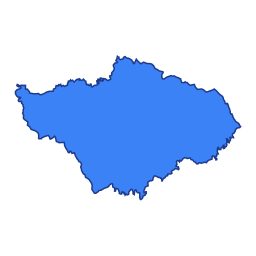 Lak, Đắk Lắk, Vietnam
{"feature_id": "81297802B83612510149562", "entity_name": "Lak", "entity_type": "district", "adm_level": 2, "iso_a3": "VNM", "parent_name": "Vietnam", "parent_adm1": "Đắk Lắk", "projection": "natural_earth1", "projection_center": [108.256, 12.321], "detail": "fine", "context": "isolated", "style": "filled", "palette": "blue", "viewbox_px": 256, "rotation_deg": 0, "n_neighbors": 0, "source": "geoboundaries", "source_scale": "gbopen_adm2", "svg_char_len": 5740}
<svg xmlns="http://www.w3.org/2000/svg" viewBox="0 0 256 256"><path d="M91.9,189.3L94.3,193.1L94.9,193.3L95.9,193.2L98.2,191.6L98.9,190.6L101.3,190.1L104.2,188.3L107.4,187.2L108.7,186.4L109.3,185.2L110.8,184.1L112.1,183.6L112.6,184.1L112.8,186.9L113.2,187.3L114.8,188.1L114.6,191.1L115.5,191.1L116.0,188.9L116.8,188.6L117.8,188.9L118.5,189.6L118.6,190.6L119.2,191.9L119.3,193.5L121.1,194.1L121.7,193.9L121.7,192.3L122.3,191.8L123.0,192.5L124.0,192.2L124.5,192.6L124.0,193.7L124.2,194.0L124.9,194.0L125.1,195.1L126.0,194.0L127.0,194.9L128.6,194.4L128.8,192.0L130.8,189.6L131.6,189.3L132.1,189.5L133.1,191.8L133.0,193.7L134.2,194.6L134.8,190.7L135.2,190.0L136.0,190.0L137.3,192.6L139.7,192.9L139.8,196.4L139.6,197.2L140.3,199.3L140.8,199.6L142.2,198.5L142.9,197.1L142.9,196.2L145.1,195.2L145.1,194.4L146.3,193.5L146.2,191.7L145.8,191.6L144.9,192.4L144.0,192.6L143.9,190.8L145.3,187.2L146.3,186.4L148.1,185.9L147.8,182.1L150.6,180.5L151.6,180.8L152.7,180.2L153.3,177.5L154.5,175.9L155.1,175.8L158.6,177.5L159.7,177.4L160.6,178.3L161.3,178.3L161.8,179.4L161.7,180.7L162.0,181.0L163.5,178.5L165.0,177.7L166.0,176.2L167.7,175.6L167.8,174.0L170.2,174.0L171.9,173.4L171.9,172.9L171.4,172.0L171.6,171.3L172.1,170.7L174.5,169.4L175.1,168.5L177.7,169.1L178.3,169.7L178.7,169.5L178.9,168.4L178.3,166.8L176.0,166.3L176.4,165.1L177.0,164.5L176.5,162.2L176.7,161.3L177.2,160.7L178.5,160.8L179.5,162.0L179.7,161.5L179.6,160.7L179.9,160.3L180.7,160.9L181.4,160.9L183.0,158.7L184.7,157.7L185.5,157.7L186.8,158.4L187.7,158.5L189.9,157.9L190.5,158.4L191.0,159.6L192.6,159.9L194.2,161.8L194.9,161.8L196.8,163.9L198.2,163.7L199.1,162.7L201.4,163.2L204.7,162.2L206.4,162.7L207.8,160.9L208.8,160.2L212.0,159.1L212.1,156.6L212.8,155.7L214.2,156.4L214.5,157.8L215.6,158.4L215.9,159.9L216.7,159.7L216.9,159.0L215.6,157.2L215.5,156.6L216.8,155.9L216.7,154.6L216.9,154.0L218.2,153.9L217.2,151.5L217.5,149.6L217.4,148.7L217.9,147.4L218.5,147.4L219.1,149.6L220.8,149.5L221.0,148.3L221.5,147.6L222.5,146.9L222.9,146.0L223.9,145.1L224.0,146.3L223.3,148.3L223.6,148.6L224.5,148.3L225.0,147.2L226.1,146.6L226.9,145.1L226.9,144.5L226.3,143.6L227.1,142.6L226.5,138.8L227.4,139.0L228.0,139.6L228.5,142.5L229.1,142.8L229.7,141.2L230.5,140.0L230.1,137.4L230.5,137.4L231.2,138.0L232.2,137.3L233.5,137.7L233.4,137.0L232.4,136.0L232.5,134.2L233.1,133.4L234.3,132.9L234.5,132.0L235.1,131.4L235.4,129.9L236.1,128.9L236.6,128.7L237.1,128.0L239.7,127.6L240.6,126.6L239.9,125.9L238.8,123.6L235.4,121.3L235.0,120.2L233.9,119.0L233.5,117.9L232.8,117.0L232.7,115.6L232.2,115.1L231.9,113.9L230.9,114.0L230.2,112.6L230.2,111.2L229.9,110.7L229.7,109.3L228.8,107.5L228.2,105.1L227.5,104.2L227.5,103.5L227.0,103.3L225.9,103.9L225.1,103.2L224.6,101.0L223.5,99.6L223.2,97.9L222.5,96.4L219.6,94.3L216.2,90.6L214.2,89.0L213.0,89.8L207.5,91.8L206.1,92.0L203.3,89.7L201.6,89.0L197.6,89.4L195.7,87.5L194.8,86.1L194.5,84.6L194.1,84.4L190.2,85.3L189.3,84.5L188.8,84.4L187.2,82.6L186.0,82.5L185.1,81.8L184.1,82.7L181.6,82.4L181.3,81.8L180.6,78.8L179.7,78.7L179.0,78.3L178.8,77.9L175.7,76.9L174.5,76.0L172.5,76.1L171.1,75.6L166.5,77.3L164.2,78.9L163.2,79.1L162.1,78.2L161.8,76.2L161.9,74.4L163.1,72.7L163.0,71.8L159.4,71.0L157.1,69.4L155.5,68.8L154.8,68.1L153.6,65.7L151.8,64.1L149.8,63.6L147.0,63.5L143.6,62.2L140.8,63.8L138.0,61.3L136.3,59.2L134.7,62.9L133.9,63.7L133.3,63.2L133.2,62.1L132.2,61.1L131.7,60.1L129.0,58.4L126.6,58.0L125.1,56.6L123.9,57.1L123.3,57.9L123.5,58.4L122.7,59.1L121.4,59.2L120.4,59.7L118.9,58.6L118.9,57.1L118.0,57.0L117.4,56.4L116.9,58.7L115.9,60.7L117.3,61.8L117.3,62.4L116.8,62.9L115.0,63.0L113.3,65.0L113.6,66.8L114.2,68.2L114.2,69.2L113.6,70.5L111.7,72.8L111.7,75.1L111.4,75.6L110.1,75.6L109.7,76.1L110.0,77.6L110.7,78.3L110.7,78.9L110.4,79.5L107.5,80.6L106.4,79.5L105.0,78.7L104.3,78.8L103.8,78.6L103.3,80.4L102.7,81.0L102.5,80.6L103.0,80.0L103.1,79.3L102.3,78.5L100.4,78.0L100.1,78.4L100.1,79.1L101.4,80.8L100.3,80.8L98.8,79.3L97.9,79.2L97.7,80.3L98.6,80.8L99.0,83.3L98.7,83.5L98.3,83.2L97.5,80.9L96.8,80.9L96.8,81.4L97.3,81.9L97.1,83.2L97.6,84.3L97.4,84.7L96.3,85.3L94.9,85.2L94.2,85.5L92.2,87.0L91.6,86.5L90.9,84.0L90.2,84.2L89.7,85.6L89.4,85.7L88.5,85.2L87.9,84.3L86.7,84.7L86.4,84.5L85.8,81.2L84.7,80.8L83.7,79.3L83.4,79.1L82.6,80.0L81.9,80.3L80.9,80.2L80.1,79.8L79.8,78.9L79.3,78.7L79.1,78.9L78.9,80.0L77.9,79.2L77.3,79.2L76.6,79.6L74.1,82.0L72.4,80.2L70.9,80.9L70.5,80.0L69.8,80.9L68.3,81.2L68.4,82.1L67.8,82.7L67.9,83.2L67.4,84.0L67.6,84.8L67.1,85.4L66.0,85.6L64.5,86.4L63.2,85.4L61.5,86.4L60.7,84.3L59.5,85.2L58.8,84.6L58.4,84.9L58.3,85.9L56.1,85.6L55.6,88.2L53.5,89.1L53.1,91.2L48.7,91.4L47.9,91.9L46.9,91.9L43.8,93.8L40.5,94.8L39.5,94.5L38.5,93.5L34.8,93.9L29.7,93.1L29.3,91.4L28.2,90.5L27.6,89.4L27.3,89.1L25.9,89.3L25.5,89.0L25.5,85.4L21.8,85.3L19.2,85.6L18.7,85.5L17.9,84.6L17.2,84.5L16.9,85.5L17.1,86.0L18.7,86.9L20.6,86.8L20.9,87.3L20.9,88.0L20.4,88.5L17.3,89.6L16.4,90.3L15.4,91.8L15.5,93.7L16.4,95.5L17.6,97.0L20.4,97.4L20.6,97.7L20.4,98.3L18.7,98.9L18.3,100.6L18.9,101.5L21.5,101.5L21.6,103.3L23.1,104.7L23.0,105.9L23.8,108.1L23.2,109.5L23.2,112.0L22.6,113.1L23.6,115.3L23.4,118.1L24.1,119.2L27.7,121.9L27.9,122.5L27.4,125.2L29.7,126.8L31.0,129.3L35.4,130.9L37.9,132.7L38.7,134.8L38.6,138.3L39.0,138.8L41.3,138.7L41.8,137.9L44.1,136.7L48.2,135.4L48.6,135.7L49.4,137.0L50.0,138.9L50.7,139.1L53.3,137.5L54.5,136.2L55.4,137.3L56.4,141.6L57.6,141.8L58.9,142.7L64.2,142.4L64.7,145.7L66.1,148.7L67.0,149.9L68.4,152.6L69.5,152.6L69.9,151.2L70.2,151.1L70.9,151.4L72.0,153.4L73.5,153.1L74.1,152.6L74.4,152.7L75.4,155.8L77.4,159.3L78.4,160.4L79.0,161.7L80.3,162.1L81.2,163.4L81.5,164.7L80.7,167.0L81.5,169.4L81.6,170.6L83.3,173.8L84.9,174.7L85.6,177.4L87.4,178.2L89.3,179.8L91.3,182.9L92.2,185.2L91.9,189.3Z" fill="#3b82f6" stroke="#1e3a8a" stroke-width="1.5"/></svg>